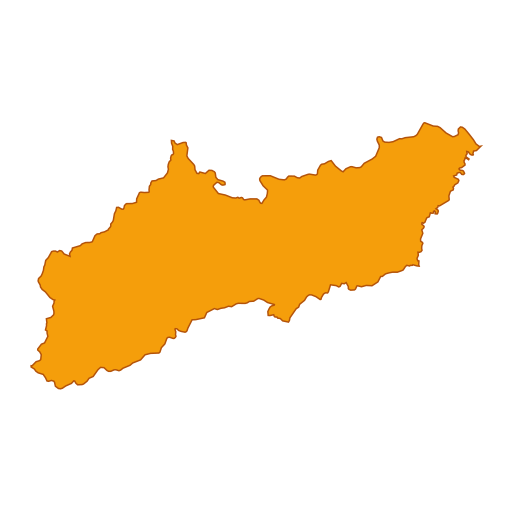 Senqunyane, Mohale's Hoek, Lesotho (Natural Earth projection), rotated 181°
{"feature_id": "5366337B33484632256232", "entity_name": "Senqunyane", "entity_type": "district", "adm_level": 2, "iso_a3": "LSO", "parent_name": "Lesotho", "parent_adm1": "Mohale's Hoek", "projection": "natural_earth1", "projection_center": [28.303, -29.937], "detail": "fine", "context": "isolated", "style": "filled", "palette": "amber", "viewbox_px": 512, "rotation_deg": 181, "n_neighbors": 0, "source": "geoboundaries", "source_scale": "gbopen_adm2", "svg_char_len": 6048}
<svg xmlns="http://www.w3.org/2000/svg" viewBox="0 0 512 512"><g transform="rotate(181 256 256)"><path d="M89.6,392.2L90.5,391.9L91.3,390.8L96.9,380.4L98.3,379.1L100.4,378.0L108.9,376.9L112.3,375.7L114.5,375.8L120.9,372.7L125.0,371.9L129.3,372.1L131.1,373.2L132.6,376.7L134.9,377.4L136.6,376.9L137.2,375.0L136.7,373.0L134.7,369.1L134.6,366.5L138.1,357.8L141.5,355.0L149.4,350.6L152.3,347.0L153.8,346.2L157.4,345.9L161.7,347.0L163.1,346.9L167.6,344.8L170.4,341.7L172.1,342.5L178.2,347.3L182.5,352.7L185.2,351.8L189.1,349.4L191.9,348.9L193.1,347.9L195.8,342.9L196.0,339.4L196.5,338.6L197.8,337.9L203.9,338.8L205.3,338.6L211.6,336.3L213.7,334.7L216.1,335.0L219.0,336.5L224.6,336.5L225.9,335.3L227.1,333.5L228.9,332.6L234.3,333.1L243.1,336.5L250.9,336.3L252.1,335.6L253.2,334.3L253.7,333.1L253.4,331.4L250.1,326.3L245.7,322.2L245.6,321.1L245.8,318.5L246.6,315.0L248.9,312.3L251.0,308.7L252.2,308.8L253.1,309.8L254.1,311.8L256.1,313.1L262.9,313.0L268.3,311.9L269.4,312.3L270.5,313.9L271.7,314.3L273.8,313.5L275.2,314.4L277.2,313.6L280.7,313.8L287.7,316.4L294.7,317.8L299.8,324.0L300.0,325.1L299.3,326.3L296.4,329.0L294.4,328.7L291.8,326.6L290.4,326.3L288.3,326.8L288.1,327.4L288.4,329.2L290.3,330.3L295.5,331.7L297.5,334.0L298.2,338.3L299.1,339.5L301.6,340.8L304.5,340.9L308.1,337.6L313.6,339.0L314.7,337.4L316.5,337.6L318.5,341.2L318.9,344.9L319.8,346.4L325.5,352.3L326.9,354.9L326.0,362.9L327.5,365.7L327.8,368.0L328.4,368.4L330.9,368.2L336.7,366.0L339.0,367.6L339.9,369.6L342.6,370.1L342.4,367.3L341.2,364.3L341.2,361.0L340.5,359.6L340.2,357.1L340.8,356.0L341.8,355.7L342.6,354.6L343.1,352.3L342.8,350.4L344.4,348.7L345.3,346.1L345.6,343.7L345.1,341.2L346.0,337.5L349.8,332.5L354.9,331.2L357.3,329.7L361.3,329.2L362.4,327.3L362.6,325.5L363.8,323.9L364.1,320.4L363.9,318.6L364.3,317.8L368.6,317.5L372.3,317.8L373.6,317.3L376.3,311.1L376.4,307.6L380.5,306.3L386.2,306.1L387.0,305.7L388.4,304.1L388.9,301.5L389.6,300.5L391.0,300.5L394.4,302.3L396.2,302.1L396.9,298.8L398.3,295.8L399.3,289.1L400.0,287.6L401.8,285.4L401.7,283.5L402.1,282.5L404.0,280.3L404.1,279.6L407.9,277.5L411.4,276.6L412.6,275.5L415.2,275.3L415.9,274.8L417.4,273.4L419.8,267.7L420.5,267.1L422.7,266.6L426.5,266.5L430.1,265.1L431.8,263.3L439.7,260.8L440.1,258.5L441.6,256.8L442.5,254.9L441.9,252.4L447.8,254.6L450.3,257.5L451.1,257.8L452.5,258.0L454.6,256.5L456.5,257.4L458.6,257.4L460.4,256.8L463.6,250.8L466.2,247.9L467.0,243.3L467.9,241.4L468.3,237.9L469.5,234.3L470.5,232.2L473.0,229.7L473.4,227.5L473.2,226.5L471.3,223.3L470.9,221.2L469.2,218.8L465.9,216.4L461.3,210.9L458.3,208.9L456.4,208.4L457.1,207.3L457.1,205.5L458.5,202.2L457.1,197.2L457.0,195.1L457.4,193.6L460.0,191.0L464.5,189.6L463.9,185.5L464.3,184.6L464.2,182.7L465.2,178.4L463.6,177.4L463.5,175.0L462.7,172.0L465.9,165.4L469.0,164.1L472.6,159.2L472.6,158.2L470.5,156.3L469.0,153.6L469.4,148.9L469.7,148.3L471.1,147.4L474.0,146.5L478.0,142.3L478.9,142.4L478.9,141.1L475.7,139.2L474.1,137.0L471.8,135.4L466.7,133.9L464.3,130.5L462.8,127.4L461.2,127.1L458.4,128.0L455.9,127.3L455.2,126.1L454.3,122.3L451.3,120.1L449.2,119.8L447.3,120.4L443.9,122.8L438.3,125.4L436.0,128.0L435.1,127.8L433.9,125.7L432.1,124.1L427.7,124.4L426.2,125.0L422.8,127.8L420.8,130.8L416.7,132.7L412.0,139.6L409.5,141.9L406.0,141.7L403.1,139.0L401.4,138.1L399.1,138.2L395.9,139.7L394.1,139.8L391.0,138.9L389.3,139.6L387.0,141.5L380.1,144.5L377.4,146.9L369.6,150.1L365.2,155.3L359.8,156.8L351.4,157.3L350.4,158.2L349.0,162.7L345.6,166.5L343.7,172.1L342.8,173.0L341.1,173.3L337.3,172.1L336.4,172.2L335.2,173.2L334.6,174.4L335.1,175.8L334.9,178.8L335.7,181.0L335.5,181.9L333.9,181.9L332.0,180.2L329.5,179.3L325.7,178.6L325.0,178.8L324.1,179.4L323.5,180.6L322.9,182.6L318.8,191.1L315.2,191.3L306.5,193.3L304.2,198.7L296.7,202.7L293.7,201.8L290.2,203.1L286.5,203.7L282.6,205.3L279.5,204.9L274.8,207.9L272.8,208.4L266.1,208.4L264.0,209.0L261.9,210.4L257.5,210.8L253.4,213.5L252.1,213.6L247.5,212.1L243.7,209.7L236.8,207.8L237.0,207.1L239.4,206.4L240.9,205.3L242.1,203.2L243.2,200.6L242.8,196.8L241.0,196.7L237.3,197.6L236.7,196.0L236.0,195.4L233.9,195.3L233.3,194.3L230.6,193.9L228.2,191.6L222.4,190.5L221.5,192.0L221.0,194.8L214.9,204.0L212.5,205.6L211.5,208.5L206.7,212.5L204.7,216.0L203.3,217.3L201.9,218.1L199.8,218.1L195.3,216.4L191.1,213.6L190.3,213.8L189.8,215.7L187.8,219.2L185.9,220.4L183.8,220.3L183.0,221.5L181.0,228.5L175.3,227.8L172.7,226.5L171.4,227.1L169.9,230.1L167.2,229.8L165.4,231.0L163.2,227.1L163.1,225.0L162.5,224.3L160.8,223.5L157.0,223.8L156.0,224.6L154.6,227.8L153.8,228.0L150.0,227.1L145.3,228.5L139.5,228.3L133.7,232.2L131.0,237.7L129.3,237.8L126.2,240.4L123.0,241.4L119.3,242.2L114.3,242.3L110.0,243.9L108.6,244.6L106.6,247.8L105.1,249.3L102.2,248.7L101.7,249.3L99.4,249.4L99.0,250.0L94.9,248.9L92.7,248.7L93.2,250.2L93.0,253.6L93.1,254.0L94.0,253.9L94.9,255.8L94.9,256.6L93.7,259.5L94.1,262.6L92.8,262.5L91.1,263.2L90.1,264.6L90.5,266.5L90.4,269.2L89.4,271.6L89.8,272.5L91.6,273.6L91.8,275.9L89.6,281.6L90.7,285.1L89.0,286.8L88.4,288.1L88.9,289.2L90.7,290.5L90.7,291.9L90.4,292.3L89.1,291.7L87.7,292.7L86.2,296.6L85.6,297.4L83.5,298.2L82.4,302.2L80.8,301.8L79.2,302.1L79.3,303.7L78.3,304.2L77.3,303.0L77.5,301.3L75.6,301.2L75.0,302.1L74.5,304.1L74.9,305.1L76.9,306.4L75.2,307.7L74.7,309.5L73.4,309.3L64.2,315.0L63.8,315.9L64.2,319.5L62.9,323.6L62.3,324.4L60.0,325.5L59.7,327.1L60.3,328.3L59.2,329.3L58.6,330.6L55.5,332.6L54.5,334.9L55.0,336.2L59.2,338.1L59.8,339.5L56.8,340.5L56.3,342.4L54.3,343.0L53.3,343.1L51.7,341.2L50.2,341.0L49.1,341.8L48.9,342.3L50.1,344.6L51.3,345.2L53.3,345.3L54.6,346.6L54.0,347.5L51.9,348.0L48.6,350.6L48.7,351.9L49.5,353.2L49.7,355.0L49.0,355.9L48.7,357.6L46.9,357.2L45.1,356.0L44.7,356.7L47.7,358.8L47.9,360.2L46.7,361.9L47.1,364.2L45.5,363.8L43.7,361.5L42.4,360.8L40.8,360.7L40.5,361.2L40.9,362.0L40.3,364.7L37.4,365.3L33.1,369.7L34.6,369.4L38.0,371.9L40.7,376.1L45.2,381.7L49.4,386.6L51.9,388.3L53.8,388.6L55.9,386.5L56.1,384.6L55.6,382.7L56.1,380.8L59.8,378.9L61.5,378.7L68.1,382.3L74.1,387.5L76.7,388.8L81.0,389.0L89.6,392.2Z" fill="#f59e0b" stroke="#b45309" stroke-width="1.5"/></g></svg>